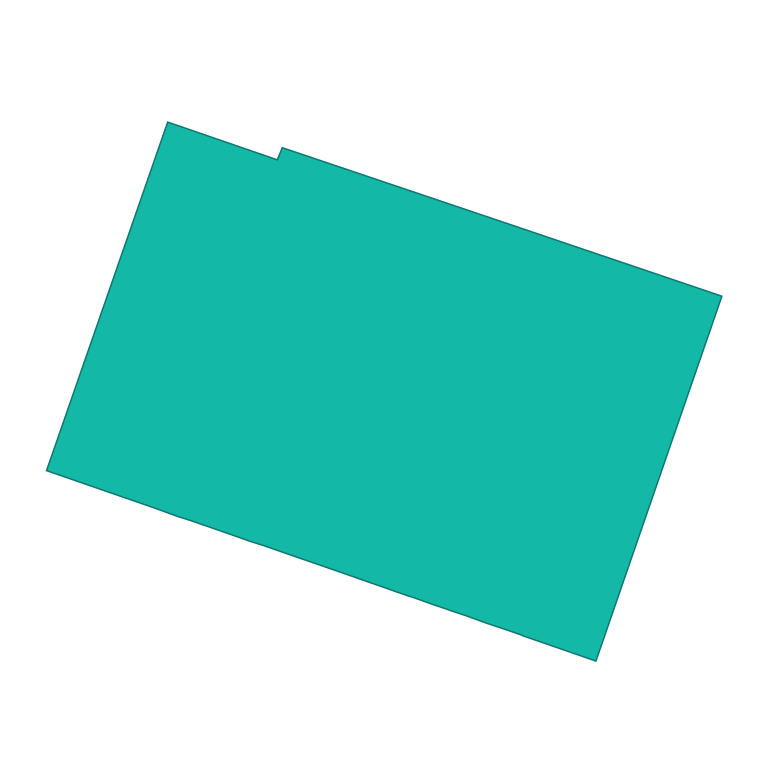 the district of Lincoln, Minnesota, United States of America, rotated 289°
{"feature_id": "52423323B75783073746955", "entity_name": "Lincoln", "entity_type": "district", "adm_level": 2, "iso_a3": "USA", "parent_name": "United States of America", "parent_adm1": "Minnesota", "projection": "equal_earth", "projection_center": [-96.406, 44.414], "detail": "fine", "context": "isolated", "style": "filled", "palette": "teal", "viewbox_px": 768, "rotation_deg": 289, "n_neighbors": 0, "source": "geoboundaries", "source_scale": "gbopen_adm2", "svg_char_len": 623}
<svg xmlns="http://www.w3.org/2000/svg" viewBox="0 0 768 768"><g transform="rotate(289 384 384)"><path d="M191.9,210.3L191.6,232.7L191.9,246.0L191.9,259.4L191.7,304.7L191.6,307.6L192.0,321.6L191.9,346.8L191.8,416.2L191.7,424.3L191.6,455.8L191.5,462.8L191.5,475.6L191.7,479.8L191.6,481.9L191.5,498.7L191.4,501.5L191.5,518.4L191.4,520.2L191.6,538.1L191.5,540.3L191.3,555.5L191.2,559.5L191.4,573.9L191.4,577.9L191.4,596.3L191.1,597.2L191.0,674.6L577.0,674.9L575.8,440.5L574.3,210.9L561.2,210.1L561.2,94.2L192.2,93.1L192.2,93.3L192.2,93.9L192.0,209.7L191.9,210.3Z" fill="#14b8a6" stroke="#0f766e" stroke-width="1.5"/></g></svg>